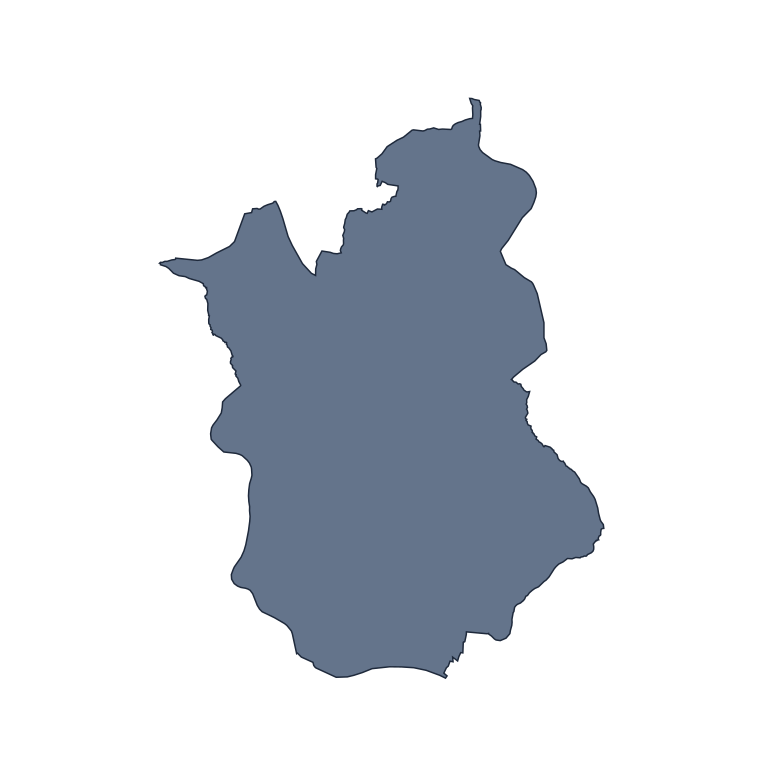 the district of Phra Thong Kham, Nakhon Ratchasima, Thailand, rotated 191°
{"feature_id": "78962969B71557232877153", "entity_name": "Phra Thong Kham", "entity_type": "district", "adm_level": 2, "iso_a3": "THA", "parent_name": "Thailand", "parent_adm1": "Nakhon Ratchasima", "projection": "natural_earth1", "projection_center": [101.984, 15.343], "detail": "fine", "context": "isolated", "style": "filled", "palette": "slate", "viewbox_px": 768, "rotation_deg": 191, "n_neighbors": 0, "source": "geoboundaries", "source_scale": "gbopen_adm2", "svg_char_len": 6151}
<svg xmlns="http://www.w3.org/2000/svg" viewBox="0 0 768 768"><g transform="rotate(191 384 384)"><path d="M145.3,270.7L144.5,271.7L143.5,272.0L144.2,273.2L144.2,274.1L143.7,276.0L142.9,276.5L142.5,277.3L143.0,279.7L143.1,282.8L142.2,283.7L140.7,284.2L141.9,287.9L144.8,290.5L145.9,292.1L148.7,298.0L150.5,303.0L154.8,311.1L156.8,313.6L160.9,317.5L163.6,321.0L165.8,322.3L170.5,323.9L172.1,324.9L174.2,328.2L180.0,333.9L182.1,334.7L184.0,336.0L185.1,336.0L185.6,336.6L186.9,337.0L188.5,338.1L189.6,338.2L191.6,340.9L192.4,341.4L193.3,342.5L194.5,341.9L196.1,342.1L197.4,342.8L198.9,344.1L200.6,347.6L204.1,349.7L204.8,351.4L206.2,351.7L206.6,352.4L208.9,353.7L214.2,354.3L214.7,353.1L215.4,353.0L217.5,355.4L219.3,356.4L220.7,356.7L222.0,358.0L224.2,358.9L224.0,361.2L226.1,361.9L227.3,363.7L227.9,363.7L228.2,364.4L229.3,364.7L229.2,365.4L229.8,366.9L230.9,367.6L231.6,369.3L231.6,370.7L234.8,371.4L235.9,373.0L236.3,374.4L237.6,375.3L237.1,376.6L238.1,376.8L238.7,377.7L238.8,378.4L237.2,382.9L238.4,385.6L239.3,386.5L238.7,388.4L239.3,389.9L240.6,391.4L240.3,392.9L241.0,395.8L240.0,399.4L239.6,404.4L242.0,403.5L243.0,403.6L245.9,405.0L246.2,405.7L248.8,407.8L249.6,409.8L250.8,410.1L252.4,409.6L254.8,411.0L256.7,410.7L257.8,411.6L258.3,411.7L258.9,412.5L259.8,412.7L258.1,415.6L250.5,425.0L240.4,435.3L235.5,442.9L231.3,446.5L230.6,448.1L232.5,454.4L235.8,459.9L238.7,474.7L250.8,501.9L255.8,509.3L257.2,511.1L258.8,512.4L266.6,515.2L277.6,521.2L281.0,522.0L287.1,524.4L295.1,536.4L294.3,539.4L289.5,548.6L280.0,573.6L273.0,584.2L271.5,590.8L270.7,596.7L270.9,600.7L272.2,604.7L276.4,611.4L281.2,616.5L284.8,619.1L288.8,620.9L301.7,623.8L311.6,623.7L317.8,624.3L320.7,625.0L331.4,630.0L334.4,632.4L336.4,635.3L336.9,636.8L337.2,646.0L338.4,650.5L337.4,650.8L338.9,657.3L339.7,657.2L340.1,664.9L341.3,671.1L341.0,671.6L341.3,673.9L342.8,676.9L342.9,678.5L343.5,678.7L344.7,680.5L349.7,680.5L352.1,681.0L354.4,680.7L351.9,676.1L350.0,674.1L349.8,671.8L348.2,665.3L347.8,661.6L350.5,660.8L354.6,658.7L357.7,656.5L361.1,654.8L363.7,652.9L365.4,651.0L366.0,649.3L366.2,647.3L367.0,646.6L375.3,645.4L379.0,644.3L384.1,644.9L387.6,643.1L390.1,642.4L392.3,640.6L394.0,639.8L403.5,639.1L404.9,638.5L412.0,630.0L417.7,625.8L426.2,617.6L429.9,609.6L434.0,604.3L435.3,603.4L433.1,595.2L432.2,594.2L432.2,587.9L431.4,583.8L429.3,583.9L428.8,583.5L428.6,580.2L429.0,579.1L428.6,576.8L428.2,576.5L427.5,577.4L425.6,578.2L424.5,582.6L421.1,581.9L418.4,580.7L408.0,581.1L407.5,578.8L407.5,576.5L407.9,576.1L408.1,575.0L408.2,570.5L409.5,570.2L411.8,568.9L412.4,567.5L412.5,564.6L413.6,563.7L415.4,563.5L415.9,561.6L416.9,560.4L417.9,559.7L418.3,560.3L419.6,560.2L420.0,557.0L419.5,555.1L423.9,554.5L428.7,550.6L432.4,551.2L433.1,548.3L434.3,548.4L439.1,550.3L439.1,551.6L439.8,551.8L443.5,550.9L444.1,549.9L446.6,548.3L450.6,547.4L451.0,546.1L452.5,543.6L452.8,540.0L453.4,538.0L453.2,534.1L453.5,530.6L453.4,529.8L452.1,528.1L452.0,526.0L452.8,522.0L451.4,519.3L451.2,517.2L450.5,514.2L450.5,512.9L451.9,510.4L452.3,508.3L452.3,506.7L451.0,504.6L454.8,502.9L458.5,502.5L461.9,503.0L470.3,502.7L473.8,491.4L472.7,488.5L473.0,483.9L471.9,477.5L476.4,478.8L487.0,486.6L500.5,502.5L506.3,510.5L514.8,527.0L518.7,533.8L522.2,539.1L525.1,542.6L526.5,542.2L527.7,540.3L532.4,537.8L535.8,535.5L538.9,532.2L540.3,531.7L542.1,532.1L546.4,530.9L546.7,527.0L553.2,524.5L557.9,495.3L561.9,489.5L573.5,480.6L580.5,474.6L586.7,471.0L590.7,469.8L612.5,467.8L612.4,466.9L613.0,466.3L616.0,465.3L620.3,463.0L622.5,462.6L624.8,461.0L626.6,460.8L627.3,459.8L626.6,459.8L626.2,458.4L620.4,457.7L617.3,456.4L611.8,452.6L605.9,451.2L599.6,451.5L595.2,450.4L585.1,449.5L580.5,448.0L580.2,446.8L579.6,445.9L578.3,445.6L577.5,444.4L576.6,444.8L576.1,442.9L575.1,441.5L575.0,439.1L575.1,437.5L576.2,436.8L576.5,435.8L575.5,433.9L574.2,433.3L572.2,429.3L571.1,422.6L569.2,418.4L569.2,417.7L568.4,417.5L568.4,413.9L567.6,410.2L566.8,409.2L566.1,409.0L565.6,407.3L564.6,406.4L564.5,404.5L562.9,404.0L562.4,402.8L562.7,401.6L561.6,400.8L561.5,400.0L560.9,399.4L560.6,399.5L560.4,400.4L559.4,400.4L558.2,399.4L552.7,398.0L550.8,396.7L550.4,395.7L548.3,394.9L548.1,394.4L546.8,394.8L546.3,394.5L546.3,392.9L545.5,392.4L544.7,390.5L543.2,389.8L540.6,387.3L538.6,383.4L537.6,382.5L537.7,381.6L538.7,381.3L539.2,379.8L538.7,379.0L539.0,376.5L538.6,375.0L536.1,373.1L536.1,371.9L535.6,371.1L531.8,368.5L532.0,365.4L530.9,365.0L531.0,363.7L528.6,361.8L527.0,358.7L524.4,355.5L524.5,354.8L536.8,339.4L539.0,335.6L538.3,329.8L538.2,324.5L541.1,316.9L544.0,311.1L544.9,308.1L544.7,302.0L543.1,296.8L542.1,295.9L535.0,290.7L528.3,286.7L516.0,287.7L512.0,287.3L509.5,286.6L503.6,283.0L501.0,280.7L498.5,277.2L497.8,275.3L496.2,269.2L496.3,266.1L496.9,260.6L496.5,254.3L495.7,248.4L494.2,242.7L492.5,238.0L491.8,233.9L490.2,228.5L489.6,223.7L489.0,213.9L489.0,199.9L489.6,193.6L491.2,186.7L496.0,175.9L496.6,173.4L497.5,167.8L496.3,163.3L493.0,159.5L489.2,157.7L485.8,157.0L481.1,157.1L478.6,156.8L476.1,156.0L472.9,153.1L466.2,142.6L463.2,139.3L460.2,137.2L446.9,133.7L436.0,129.9L433.3,128.5L427.8,123.9L426.3,121.3L418.3,102.6L417.6,103.3L413.1,100.2L400.6,97.2L399.3,94.4L398.0,93.1L396.7,92.3L375.0,87.0L364.1,89.5L358.0,92.3L350.2,96.6L341.4,102.3L324.5,107.5L313.0,109.6L300.6,111.2L288.0,111.0L273.8,108.7L267.5,107.0L266.4,109.5L270.1,111.6L268.6,117.4L267.1,119.3L266.3,124.5L263.2,124.5L264.5,129.0L258.9,126.2L258.5,130.6L257.4,135.0L255.3,135.1L256.9,145.6L256.7,146.0L255.7,146.2L255.5,146.6L255.4,153.8L255.8,156.4L235.1,158.5L233.8,159.1L233.5,158.5L230.4,157.1L227.0,154.8L225.2,154.1L220.9,154.3L215.7,157.8L212.8,163.0L212.9,166.3L212.5,171.4L212.8,174.5L213.5,177.4L213.6,184.2L213.1,185.4L213.2,189.7L212.2,191.7L211.1,193.1L208.2,195.1L205.8,198.1L204.9,199.8L204.3,202.7L202.8,203.8L201.5,206.7L199.2,209.7L196.9,212.1L193.6,214.4L189.2,220.7L187.5,222.4L185.2,226.1L181.6,235.2L180.2,237.7L178.1,240.6L174.2,243.6L170.6,247.7L166.0,248.3L162.7,250.3L158.3,250.8L157.5,251.8L155.7,252.4L154.7,253.3L152.7,253.6L152.1,254.3L151.8,255.3L148.2,258.0L146.9,259.9L146.6,261.8L147.0,264.1L148.0,266.9L145.8,271.0L145.3,270.7Z" fill="#64748b" stroke="#1e293b" stroke-width="1.5"/></g></svg>